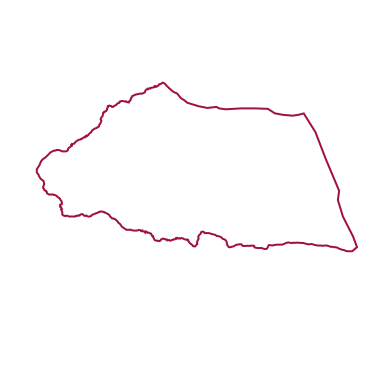 West Ambrym, Malampa, Vanuatu, rotated 339°
{"feature_id": "77236927B87876939805141", "entity_name": "West Ambrym", "entity_type": "district", "adm_level": 2, "iso_a3": "VUT", "parent_name": "Vanuatu", "parent_adm1": "Malampa", "projection": "albers", "projection_center": [167.993, -16.285], "detail": "fine", "context": "isolated", "style": "outline", "palette": "rose", "viewbox_px": 384, "rotation_deg": 339, "n_neighbors": 0, "source": "geoboundaries", "source_scale": "gbopen_adm2", "svg_char_len": 5905}
<svg xmlns="http://www.w3.org/2000/svg" viewBox="0 0 384 384"><g transform="rotate(339 192 192)"><path d="M203.9,79.4L201.2,80.0L199.9,79.7L199.4,79.9L198.8,80.7L196.6,80.7L196.4,81.0L195.7,80.8L195.5,79.8L195.2,79.7L194.7,79.9L194.2,80.2L194.1,80.6L193.9,80.7L190.9,80.0L190.3,80.0L190.1,80.4L189.5,80.0L188.3,80.1L187.8,79.7L187.4,80.3L186.2,79.9L185.1,80.4L184.6,80.9L183.7,82.0L183.4,82.1L180.9,82.3L180.1,82.2L178.9,81.5L176.9,81.4L175.9,81.0L174.7,81.0L173.2,80.8L172.1,81.1L171.1,81.0L170.5,81.1L170.2,81.6L168.9,82.3L168.7,83.0L168.2,83.1L167.8,83.5L167.5,84.2L167.0,84.6L166.0,84.7L165.1,85.8L163.5,84.7L163.2,84.0L162.7,84.1L161.9,83.3L160.4,82.7L159.7,82.1L158.5,81.7L157.8,82.0L156.9,81.7L156.3,82.5L155.9,82.7L154.2,82.6L153.4,83.1L152.5,83.4L152.1,83.7L150.2,83.7L149.2,84.2L148.5,84.2L147.9,84.0L147.9,83.6L147.5,82.9L146.6,82.4L145.9,81.7L144.9,81.8L144.4,81.6L144.1,81.7L143.9,82.2L144.0,82.6L143.4,83.0L143.2,83.4L142.5,83.8L142.1,84.3L142.1,84.7L141.9,85.0L140.9,85.6L139.2,85.6L139.2,86.0L138.9,86.2L138.0,86.0L137.4,86.2L136.7,87.8L136.3,88.1L135.5,89.3L134.2,89.8L132.7,91.4L132.6,91.8L133.0,92.7L132.5,93.8L131.3,94.8L130.4,95.4L130.2,95.8L129.5,96.0L128.8,97.3L128.4,97.6L126.8,97.7L125.8,98.1L124.1,97.9L121.0,98.7L120.3,99.0L119.3,100.1L118.0,100.3L116.1,101.3L115.5,101.8L115.0,101.8L113.9,101.4L113.6,101.5L113.7,102.3L113.3,102.4L112.7,101.8L112.4,101.8L111.7,102.2L111.5,102.6L110.6,102.2L108.2,102.8L107.9,103.0L107.3,102.7L106.4,103.0L104.6,102.6L103.9,102.9L102.6,103.0L100.1,104.1L99.4,104.6L97.7,104.4L97.4,104.5L97.0,104.2L96.8,104.5L96.9,104.9L96.7,105.0L96.5,105.7L96.2,105.6L95.8,105.1L95.2,106.1L92.5,106.8L91.9,107.2L91.2,108.4L90.4,108.8L89.5,108.9L88.3,108.8L87.5,108.3L85.6,107.7L85.1,107.3L83.9,106.0L83.2,105.4L81.1,104.4L80.7,104.3L79.3,104.4L78.5,104.0L77.6,103.9L74.1,104.3L67.4,107.3L64.5,107.9L62.1,109.2L59.3,112.2L55.2,115.2L54.5,117.0L54.2,118.0L54.3,118.9L54.9,120.7L54.8,121.7L55.2,124.4L55.9,126.3L57.1,128.1L57.3,128.7L56.9,131.6L56.5,132.2L56.0,132.4L55.4,133.4L54.7,134.0L54.5,134.9L55.0,136.1L54.8,137.4L56.0,138.4L56.2,138.8L56.0,139.2L56.4,139.7L56.2,141.2L57.2,142.7L57.7,143.2L59.1,143.6L59.8,144.1L61.2,144.4L61.6,144.7L61.9,145.1L62.3,145.2L63.3,146.0L64.2,147.1L64.7,148.5L65.8,149.8L66.0,150.8L66.3,151.0L66.4,152.3L66.8,153.3L66.8,155.2L66.0,156.8L64.8,156.5L64.4,156.6L64.0,157.2L63.7,158.1L63.7,158.9L64.4,159.3L64.3,160.2L64.5,161.2L63.6,161.3L63.5,161.9L63.7,162.5L63.6,164.7L62.9,166.4L63.0,167.1L63.3,167.6L63.8,168.1L64.4,168.4L65.0,169.1L65.3,169.0L65.5,169.2L66.4,169.2L67.0,169.5L69.0,171.2L70.1,171.4L74.0,173.0L74.6,173.0L74.7,172.7L75.0,172.6L76.3,173.2L76.6,173.2L77.1,173.0L77.6,173.2L78.3,173.7L78.6,173.7L79.0,173.2L79.9,173.2L80.8,173.0L82.1,173.7L82.6,175.0L83.1,175.7L83.7,176.1L84.8,176.0L85.4,176.9L86.4,177.8L88.1,178.3L89.1,178.3L89.8,177.8L90.9,177.5L93.2,177.6L94.1,177.4L96.5,177.6L98.2,177.2L98.8,177.6L99.3,177.4L100.4,177.7L101.5,178.2L102.1,179.0L102.8,179.2L103.0,179.9L103.8,180.2L104.9,181.7L105.7,182.4L106.5,183.8L106.8,185.4L106.8,185.9L107.5,186.8L108.0,188.1L109.0,188.5L109.3,189.0L110.1,189.3L110.7,190.1L110.9,190.8L111.8,192.2L112.2,194.3L112.6,194.8L113.5,196.5L114.0,198.9L114.5,199.9L117.2,203.7L117.7,204.1L118.7,204.2L120.1,205.0L121.3,205.2L122.5,206.5L125.7,207.9L126.5,208.2L128.6,208.4L129.8,208.9L130.3,209.3L130.6,210.2L131.1,210.2L130.8,210.5L131.1,210.7L131.9,210.8L133.1,211.8L133.5,212.6L133.9,212.3L134.1,213.0L134.7,212.3L135.0,212.4L135.1,213.2L135.5,213.5L136.1,213.8L136.2,214.2L136.9,214.3L137.8,215.4L138.7,216.0L138.9,216.3L138.9,217.7L139.1,218.2L139.2,219.2L139.8,219.3L139.6,220.4L140.0,223.6L140.3,224.0L141.5,224.6L142.0,225.2L143.0,225.4L143.8,226.1L144.4,226.1L145.0,226.1L146.0,225.3L147.2,225.1L148.5,225.2L149.3,226.0L150.1,226.4L150.4,227.0L151.6,227.4L151.6,228.3L152.2,228.2L152.3,228.5L152.6,228.6L153.4,228.6L153.7,228.9L154.1,229.5L154.7,229.8L155.8,229.6L157.2,229.8L157.5,229.6L157.8,229.5L158.4,229.9L159.1,230.1L160.2,229.5L160.2,230.0L160.5,230.1L161.3,229.5L162.1,229.7L162.5,230.6L163.1,230.7L163.3,230.8L163.9,230.7L164.3,231.2L164.7,231.3L165.6,231.2L166.8,232.0L167.9,233.4L170.0,234.7L170.6,234.6L171.2,235.4L171.1,235.9L170.8,236.1L171.4,237.1L171.3,237.9L172.0,239.7L172.6,240.3L172.8,241.0L173.3,241.6L173.5,242.8L174.5,243.6L175.4,243.9L178.3,242.4L178.4,241.3L179.8,239.3L181.2,238.3L181.6,237.2L181.5,236.6L182.5,235.3L183.6,234.6L184.6,234.3L185.3,233.9L185.8,233.1L186.3,232.7L187.3,232.6L188.8,233.6L188.9,234.7L189.5,235.1L192.4,236.1L193.8,237.0L196.2,238.9L198.2,240.2L199.4,242.0L199.9,242.1L201.8,243.4L203.2,244.9L203.4,245.4L203.6,246.3L204.2,247.0L205.4,247.9L206.4,249.6L206.4,251.3L205.9,254.4L206.3,255.2L206.5,256.5L207.2,257.1L211.0,257.6L212.1,257.6L213.7,257.2L214.9,257.2L216.2,257.7L216.9,257.6L218.6,258.2L219.4,258.7L220.0,260.4L220.5,260.7L222.0,261.4L224.7,262.1L226.6,263.1L227.8,263.1L229.5,264.0L230.0,264.0L230.5,264.3L230.7,265.0L230.5,266.0L230.7,266.3L233.1,267.8L233.8,268.0L234.5,268.4L236.7,269.1L237.4,269.6L238.2,270.5L240.3,271.6L241.2,271.8L241.9,271.6L244.7,269.1L248.3,270.8L251.9,271.4L257.0,273.4L258.9,273.5L261.7,273.3L263.4,273.5L264.6,274.0L266.7,275.4L267.6,275.5L268.7,275.8L269.9,276.4L271.1,276.6L277.6,279.5L280.8,281.9L282.2,282.7L284.7,283.3L285.4,283.7L287.7,285.5L290.9,287.4L292.8,287.9L294.3,289.0L296.3,289.4L298.9,290.4L302.2,293.1L303.6,293.5L304.9,294.6L306.1,294.9L307.6,295.9L309.3,297.9L311.2,299.5L313.2,300.8L314.6,302.2L315.9,303.0L319.7,304.5L320.4,304.6L321.0,304.5L326.3,302.6L326.4,291.0L324.1,269.0L325.3,251.8L329.8,243.6L328.7,208.5L328.7,180.4L324.5,158.7L318.5,158.0L313.3,156.8L304.3,152.4L297.5,148.2L292.6,141.5L280.2,136.3L267.4,131.4L253.2,126.9L247.2,123.6L245.3,121.3L236.6,119.1L229.2,114.5L219.6,107.0L217.7,103.6L215.2,100.3L213.4,94.7L210.4,91.7L207.8,86.8L206.3,83.5L205.6,81.3L203.9,79.4Z" fill="none" stroke="#9f1239" stroke-width="2"/></g></svg>